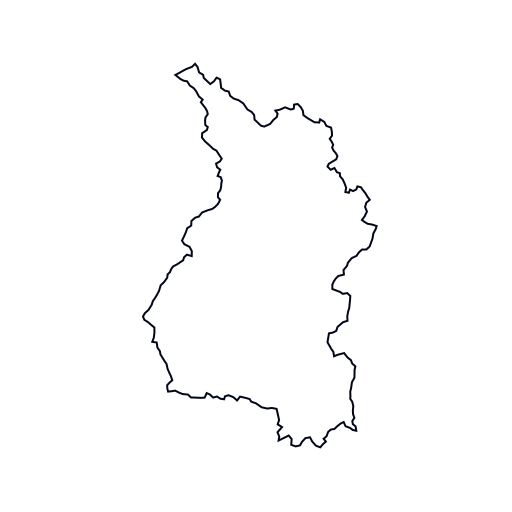 Juquitiba, São Paulo, Brazil, rotated 256°
{"feature_id": "56859067B20186311483240", "entity_name": "Juquitiba", "entity_type": "district", "adm_level": 2, "iso_a3": "BRA", "parent_name": "Brazil", "parent_adm1": "São Paulo", "projection": "orthographic", "projection_center": [-47.012, -23.95], "detail": "fine", "context": "isolated", "style": "outline", "palette": "ink", "viewbox_px": 512, "rotation_deg": 256, "n_neighbors": 0, "source": "geoboundaries", "source_scale": "gbopen_adm2", "svg_char_len": 3879}
<svg xmlns="http://www.w3.org/2000/svg" viewBox="0 0 512 512"><g transform="rotate(256 256 256)"><path d="M355.3,239.6L351.5,239.7L348.4,242.2L345.8,240.1L342.9,238.1L341.1,240.8L337.6,241.2L334.5,239.8L331.1,238.7L328.4,237.2L326.1,234.3L322.2,233.3L319.2,234.8L315.7,231.7L313.5,228.1L312.2,224.7L312.1,220.6L311.3,214.3L308.1,210.1L307.9,206.3L305.6,201.8L301.2,200.5L299.6,196.0L295.9,193.6L292.8,191.2L288.8,187.9L284.8,189.3L281.0,193.7L276.2,194.9L271.5,193.6L274.0,189.3L272.2,185.9L269.5,184.3L268.3,181.1L266.9,177.1L265.9,173.0L263.8,170.5L261.1,168.6L259.6,165.8L256.4,164.6L252.9,160.4L250.6,156.4L245.5,153.4L241.9,150.1L239.4,147.6L237.2,145.0L233.9,143.0L229.6,138.5L227.4,134.3L224.6,131.7L221.1,132.2L218.1,135.1L214.7,137.5L211.2,140.1L206.2,138.9L201.5,137.1L197.8,134.6L196.1,138.7L191.0,138.2L187.0,139.7L183.5,139.5L179.8,140.7L176.3,141.8L172.8,143.1L168.3,142.9L164.3,143.5L160.4,144.3L155.7,144.7L154.0,141.4L152.1,138.5L148.8,137.9L145.7,137.9L145.2,141.5L144.9,145.0L142.1,148.2L139.8,151.4L138.0,156.5L134.5,158.6L133.2,163.2L131.8,167.8L131.0,171.9L134.9,175.0L132.7,177.8L129.0,180.2L129.1,184.1L126.1,187.0L124.7,190.4L127.3,191.9L127.6,195.5L124.6,199.8L120.4,202.7L123.4,206.5L120.4,212.4L118.7,215.2L115.7,216.2L113.2,220.2L107.9,224.8L105.3,229.9L104.7,234.7L102.7,239.0L98.4,238.9L91.2,238.7L87.4,236.3L83.7,239.9L79.8,234.2L75.2,234.9L71.5,233.3L72.6,238.5L73.9,244.3L69.7,246.3L64.3,244.5L61.7,248.4L61.6,252.9L64.5,255.6L67.3,259.9L67.0,264.5L62.3,265.7L57.4,268.3L54.8,272.1L57.3,275.5L59.0,278.9L62.3,277.4L64.0,280.8L67.9,283.5L69.5,286.7L69.2,290.2L71.4,294.1L73.0,297.7L73.7,300.9L69.2,301.7L66.4,305.7L63.8,307.8L62.2,311.0L66.6,311.4L69.4,309.3L72.5,309.5L75.2,312.3L79.2,311.9L82.6,312.6L86.9,314.1L91.4,314.1L94.6,312.9L97.5,313.8L101.5,314.6L104.8,316.3L110.4,318.6L114.0,322.0L117.5,323.0L121.4,324.0L124.9,325.7L128.5,323.3L132.0,322.9L135.5,320.2L140.5,318.0L140.4,311.3L139.8,307.5L144.3,307.9L147.2,306.7L155.0,304.5L158.5,306.0L163.3,308.1L163.1,312.0L163.9,315.7L167.5,318.0L169.1,321.2L170.7,324.4L171.0,329.1L175.5,330.0L179.9,332.0L182.8,333.8L186.4,335.1L190.5,336.6L194.4,337.8L197.9,335.6L198.3,331.0L200.7,329.0L205.5,322.1L209.6,323.1L212.4,325.2L214.9,328.0L216.7,331.0L216.7,336.8L221.2,337.5L224.3,341.8L227.3,343.6L230.8,348.4L231.8,353.5L234.6,356.7L236.6,360.4L235.6,364.8L237.9,368.7L241.8,371.3L244.6,373.2L249.6,375.4L253.2,378.7L255.9,380.3L258.5,376.1L260.2,372.2L262.7,369.6L265.3,367.5L268.3,371.1L272.3,374.4L277.2,373.7L281.0,375.9L283.0,380.0L285.9,378.7L290.3,377.4L293.8,375.8L297.4,374.4L299.0,371.2L296.3,369.4L295.5,365.9L297.7,363.3L294.9,361.4L296.5,358.2L300.5,360.0L304.9,359.5L309.3,358.7L313.0,356.8L316.1,357.4L317.7,354.8L322.4,353.4L321.6,349.3L325.5,347.0L327.8,348.9L328.8,352.0L330.4,357.2L333.3,359.2L336.7,358.2L339.4,356.8L342.8,356.1L345.3,357.8L348.6,357.1L351.9,355.9L354.4,358.9L358.5,359.7L362.4,359.9L365.2,355.8L369.6,354.7L373.1,351.3L370.2,349.6L371.7,345.0L377.4,339.3L381.2,336.1L385.7,336.6L389.7,335.4L393.4,333.2L393.7,329.6L389.8,328.3L389.7,325.2L393.2,320.2L392.2,314.6L392.4,310.0L388.8,311.4L385.8,309.8L383.9,305.9L380.7,301.6L379.6,295.3L381.2,292.4L388.7,287.6L393.2,288.3L396.7,286.7L400.3,283.1L407.1,280.6L411.4,276.8L414.1,272.5L417.6,269.7L422.2,269.3L423.9,265.9L427.6,262.8L430.8,263.3L436.1,263.9L438.6,260.9L435.7,257.5L433.9,253.2L441.4,248.4L444.6,248.5L447.9,245.2L453.6,245.0L457.2,243.4L455.0,239.6L454.3,233.8L453.3,229.6L452.3,226.2L451.2,221.6L446.0,225.5L443.6,228.2L442.1,231.5L437.4,233.0L433.9,236.2L430.3,237.8L424.7,239.2L420.6,242.1L418.6,239.7L415.8,240.9L412.0,242.6L408.3,243.6L405.3,243.5L402.5,240.4L399.5,239.3L395.3,238.5L392.8,240.4L390.1,238.8L388.2,233.5L384.1,232.2L379.3,234.4L374.4,237.8L370.5,240.2L367.8,243.1L363.4,244.6L358.7,246.3L356.5,243.9L355.3,239.6Z" fill="none" stroke="#020617" stroke-width="2"/></g></svg>